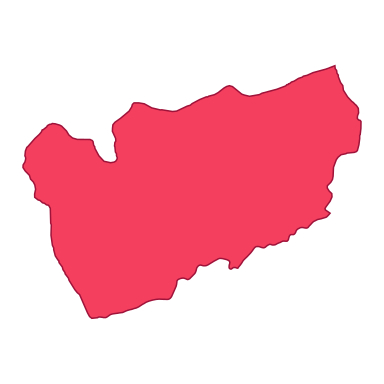 Río Hondo, Zacapa, Guatemala
{"feature_id": "79465075B55217962729749", "entity_name": "Río Hondo", "entity_type": "district", "adm_level": 2, "iso_a3": "GTM", "parent_name": "Guatemala", "parent_adm1": "Zacapa", "projection": "robinson", "projection_center": [-89.587, 15.094], "detail": "fine", "context": "isolated", "style": "filled", "palette": "rose", "viewbox_px": 384, "rotation_deg": 0, "n_neighbors": 0, "source": "geoboundaries", "source_scale": "gbopen_adm2", "svg_char_len": 4856}
<svg xmlns="http://www.w3.org/2000/svg" viewBox="0 0 384 384"><path d="M161.9,109.8L160.2,109.9L151.8,107.9L144.3,103.8L139.0,102.9L134.0,102.9L132.4,104.4L131.7,106.9L129.1,111.1L120.4,118.4L114.9,122.3L112.9,124.8L112.5,128.3L112.4,131.3L115.6,138.4L115.8,141.1L114.9,142.4L114.5,146.0L114.9,146.8L115.4,152.0L116.5,153.8L116.5,155.8L117.3,157.8L116.9,159.4L115.7,161.2L114.1,162.1L110.6,162.7L104.0,161.3L98.9,155.8L94.8,148.2L94.8,146.9L93.7,145.3L93.0,141.5L92.2,140.5L90.1,139.5L77.3,139.4L72.5,138.0L68.8,134.9L66.5,131.0L61.6,126.1L59.7,125.1L55.2,123.8L52.2,123.5L51.5,124.1L49.5,124.4L47.4,125.6L46.7,126.9L43.0,129.8L42.3,129.8L41.2,132.2L39.1,134.6L34.9,138.5L27.9,146.5L26.8,147.4L25.4,151.0L24.9,155.9L25.5,157.0L25.7,158.9L25.0,161.8L23.1,165.0L23.0,167.6L25.3,171.1L29.4,175.3L30.6,179.2L33.2,181.8L34.8,184.9L35.6,189.3L34.6,194.1L34.7,197.3L38.0,199.9L40.0,200.5L42.5,202.8L44.5,203.3L46.4,204.8L48.6,205.3L50.3,208.3L50.7,223.2L51.3,224.9L51.0,235.2L52.4,245.3L53.7,248.0L53.7,249.7L55.3,255.9L58.0,260.1L58.7,260.5L59.1,262.7L62.3,267.0L63.0,269.7L65.0,272.6L65.1,273.8L68.4,278.1L69.1,280.4L74.8,289.6L77.3,292.7L79.6,294.6L87.6,313.0L89.6,316.6L91.8,318.3L97.7,317.7L98.2,317.2L99.3,317.0L100.6,317.1L101.6,317.2L102.1,317.3L102.9,317.4L103.7,317.6L104.6,317.6L105.7,317.6L107.0,317.0L109.0,315.6L109.8,315.0L110.7,314.5L111.9,314.1L112.7,313.9L114.7,313.6L117.7,313.2L119.4,312.9L122.6,312.5L124.0,311.9L125.9,311.0L127.8,310.3L130.4,309.6L131.5,309.4L132.8,309.0L133.8,308.6L135.0,308.3L136.2,308.0L137.3,307.5L138.6,306.9L141.5,305.0L142.1,304.6L142.6,304.3L144.1,303.5L146.2,302.2L149.0,301.1L152.5,300.1L156.0,299.4L159.0,299.1L163.5,299.3L165.1,299.3L166.4,299.4L167.4,299.4L168.3,299.3L169.2,299.0L170.2,298.3L171.0,297.4L171.6,296.5L174.0,291.1L176.1,286.3L176.5,284.8L176.8,282.7L176.9,281.9L176.9,281.1L177.6,280.0L178.3,279.4L179.5,278.9L180.5,278.5L181.8,278.2L182.8,278.1L183.6,278.1L184.7,278.4L185.8,278.8L186.7,279.2L187.3,279.5L188.0,279.5L188.7,279.2L189.6,278.8L194.8,273.5L195.4,272.5L195.8,271.5L196.1,270.6L196.4,269.2L196.7,268.1L197.2,267.2L197.9,266.4L198.4,265.8L198.9,265.5L200.1,265.1L200.9,265.1L201.6,265.3L202.3,265.5L203.0,265.7L203.7,265.8L204.2,265.8L204.9,265.8L206.3,265.6L207.9,264.9L210.2,263.5L214.1,261.1L216.4,259.9L218.2,258.9L218.9,258.6L219.6,258.4L220.8,258.4L222.6,258.6L224.7,259.1L226.6,259.6L227.6,260.0L228.4,260.4L229.0,260.8L229.5,261.3L229.8,262.4L229.7,263.2L229.6,264.1L229.3,264.7L229.2,265.4L229.1,266.1L229.1,267.4L229.2,268.0L229.7,268.6L230.3,269.0L231.1,269.1L231.8,268.7L232.5,268.2L233.1,267.7L233.8,267.5L234.7,267.5L235.3,267.5L236.1,267.8L237.0,268.1L237.8,268.2L238.7,266.9L240.2,265.1L241.6,263.2L242.9,261.0L243.7,260.0L244.9,258.8L247.3,256.5L251.0,252.5L252.4,250.7L253.3,249.4L254.0,248.4L254.8,247.5L255.7,246.8L256.3,246.6L256.9,246.6L257.9,246.5L259.0,246.6L260.0,246.9L261.1,247.3L262.1,247.6L262.8,247.7L263.4,247.8L264.0,247.8L265.3,247.2L266.8,245.9L268.0,245.1L269.0,244.6L269.7,244.3L271.1,244.5L271.7,244.8L272.5,245.0L273.1,245.0L274.0,245.0L274.7,244.8L275.4,244.7L276.1,244.3L276.9,243.8L277.8,243.4L278.6,243.0L280.1,242.5L282.2,241.4L283.0,241.1L284.0,241.1L284.5,241.1L285.5,241.2L286.1,241.2L286.6,241.2L287.2,241.1L287.9,240.4L288.3,239.8L288.6,238.9L288.7,238.1L289.0,237.2L289.2,236.5L289.5,235.8L290.0,235.2L290.5,234.7L291.1,234.6L292.1,234.6L292.7,234.6L293.5,234.6L294.5,234.0L294.9,233.5L295.3,232.9L295.7,232.2L295.9,231.6L296.1,230.9L296.5,230.3L297.0,229.7L297.5,229.2L298.2,228.8L299.1,228.3L299.7,228.0L300.3,227.7L300.9,227.6L301.7,227.5L302.4,227.5L303.3,227.6L304.5,227.9L305.3,228.0L306.2,228.1L307.0,228.0L307.6,227.7L308.1,227.4L309.2,226.0L309.8,225.4L310.3,224.9L312.4,222.6L313.6,221.5L315.5,220.6L316.8,219.9L317.7,219.5L319.5,219.1L321.0,218.8L325.3,217.5L326.2,217.2L327.0,216.6L327.9,215.7L329.0,214.5L330.1,213.2L325.4,209.9L325.0,208.5L326.0,206.8L330.1,201.2L332.0,196.9L331.8,193.6L329.3,191.2L327.3,188.1L327.3,185.8L330.8,182.3L332.5,179.4L333.1,176.2L333.5,167.3L336.3,159.7L338.1,157.2L341.1,154.7L346.0,153.7L347.0,153.1L354.3,152.4L356.4,151.6L357.4,150.5L358.9,144.8L359.7,138.6L359.7,135.4L360.2,134.6L360.9,128.4L361.0,121.5L360.2,120.4L358.5,119.9L357.3,118.4L357.5,115.8L358.6,112.9L358.3,108.3L356.2,105.2L355.7,105.0L353.2,102.4L351.9,101.5L347.6,96.9L343.4,90.2L342.8,85.6L340.6,82.6L338.3,76.7L338.3,75.1L337.0,73.3L336.6,70.4L335.2,68.7L334.9,65.7L326.0,69.1L313.1,72.6L307.1,75.3L303.3,76.2L302.4,77.1L298.5,78.4L294.0,81.2L291.5,82.0L289.6,83.6L288.5,83.8L288.0,84.6L286.8,84.7L285.7,85.9L276.7,89.3L262.0,93.2L259.4,94.6L249.5,96.3L244.5,95.1L241.7,94.1L232.5,86.6L229.4,85.7L226.6,86.5L224.0,88.0L218.0,92.7L214.4,94.7L208.6,96.2L207.7,96.9L206.2,96.9L199.6,99.6L192.1,103.6L190.3,105.2L187.2,106.1L176.6,111.1L172.5,111.5L161.9,109.8Z" fill="#f43f5e" stroke="#9f1239" stroke-width="1.5"/></svg>